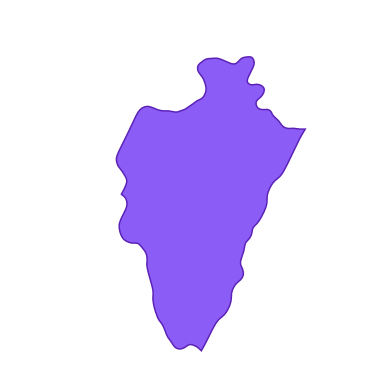 the district of Villa Gonzalez, Santiago, Dominican Republic, rotated 206°
{"feature_id": "3306468B91060644356542", "entity_name": "Villa Gonzalez", "entity_type": "district", "adm_level": 2, "iso_a3": "DOM", "parent_name": "Dominican Republic", "parent_adm1": "Santiago", "projection": "robinson", "projection_center": [-70.779, 19.554], "detail": "fine", "context": "isolated", "style": "filled", "palette": "violet", "viewbox_px": 384, "rotation_deg": 206, "n_neighbors": 0, "source": "geoboundaries", "source_scale": "gbopen_adm2", "svg_char_len": 2998}
<svg xmlns="http://www.w3.org/2000/svg" viewBox="0 0 384 384"><g transform="rotate(206 192 192)"><path d="M114.0,53.4L113.6,61.1L113.4,78.4L113.0,84.6L112.1,88.9L109.3,95.6L108.6,98.5L108.3,101.5L108.3,106.0L109.0,110.4L109.8,112.9L112.1,118.5L112.8,122.4L112.7,125.1L112.4,127.7L111.7,130.1L109.9,134.3L109.4,136.6L109.3,137.9L109.7,140.3L110.7,142.4L112.8,144.9L116.0,147.6L116.7,148.4L117.8,150.6L118.4,153.2L119.6,161.7L121.4,168.4L121.4,170.5L120.0,175.7L119.8,178.0L120.0,180.4L121.1,184.5L121.4,186.5L121.0,188.6L119.6,192.8L119.1,195.6L118.7,199.9L118.6,205.9L118.9,210.4L119.4,213.2L120.2,215.8L122.7,221.4L123.4,224.2L123.8,228.7L123.6,233.2L123.1,236.1L122.3,238.7L119.9,244.2L119.2,247.1L118.8,250.1L118.5,257.8L118.6,286.1L118.4,290.8L117.8,298.2L122.7,295.8L128.5,293.8L133.5,291.2L135.8,290.7L137.0,290.6L138.2,290.7L140.4,291.3L145.3,293.9L151.9,296.0L153.7,296.9L155.8,298.6L157.4,299.3L158.4,299.5L160.4,299.2L164.8,297.0L166.8,296.3L169.1,296.3L170.2,296.7L171.1,297.2L172.7,298.7L173.7,300.6L173.8,301.7L173.5,303.7L171.9,307.4L171.3,309.6L171.1,312.0L171.2,313.2L171.8,315.5L172.5,316.5L173.4,317.2L174.5,317.7L176.6,318.1L178.8,317.9L181.0,317.2L184.4,315.0L186.2,314.2L188.2,314.1L189.2,314.4L190.2,315.0L190.9,315.9L191.4,317.0L191.8,319.5L191.8,330.7L192.1,333.4L192.5,334.8L193.0,335.9L194.4,337.7L196.2,338.9L197.3,339.2L198.4,339.1L200.3,338.4L203.6,336.3L205.2,334.9L206.4,333.2L207.7,329.2L208.5,327.3L209.2,326.4L210.1,325.7L211.1,325.1L213.4,324.5L224.0,324.0L227.9,323.3L230.1,322.3L235.9,318.9L237.7,317.5L239.0,315.6L241.4,310.8L241.9,308.7L241.9,307.6L241.6,306.5L240.6,304.5L239.1,303.0L237.2,301.8L233.0,299.7L230.9,298.2L227.9,295.4L225.3,292.2L224.1,289.8L223.7,288.5L223.3,285.9L223.4,283.3L223.6,282.1L224.4,280.0L227.5,276.1L229.6,272.0L234.7,263.1L240.2,257.5L242.1,256.5L248.7,254.6L253.9,252.1L256.3,251.4L258.9,250.9L265.7,250.4L268.3,249.9L269.6,249.4L271.5,248.1L273.2,246.3L273.9,245.3L274.9,242.8L275.5,239.9L275.7,235.5L275.5,217.0L275.6,196.9L275.4,192.5L274.8,189.6L274.3,188.2L273.0,186.1L270.5,183.5L268.5,182.3L263.4,179.7L257.8,176.1L256.2,174.5L255.5,173.4L255.0,172.2L254.5,169.5L254.3,165.1L254.5,159.0L251.0,158.2L248.9,157.2L248.0,156.5L246.3,154.7L245.1,152.6L244.3,150.0L244.0,147.3L244.0,136.2L243.5,132.1L243.1,130.8L242.0,128.4L240.6,126.3L239.0,124.3L237.2,122.5L235.3,121.0L233.2,119.8L232.0,119.4L229.5,119.0L225.9,119.2L223.6,119.8L219.8,121.6L218.9,121.9L217.9,122.0L216.9,121.9L215.0,121.3L210.0,119.0L207.9,117.8L206.9,117.1L205.2,115.5L203.8,113.5L202.6,111.3L200.6,106.6L198.4,103.4L194.9,99.2L186.9,90.2L184.4,87.1L182.4,83.7L180.9,80.1L179.7,77.8L177.5,74.5L174.9,71.3L172.2,68.3L169.3,65.5L167.4,63.7L165.3,62.3L162.0,60.6L159.9,59.4L157.1,57.1L152.5,52.8L149.6,50.6L145.2,48.3L141.4,46.0L139.3,45.1L138.1,44.8L135.8,45.0L134.6,45.3L132.7,46.5L131.9,47.3L130.5,48.9L128.4,52.6L127.7,53.4L126.8,54.0L125.8,54.5L123.5,55.0L119.9,55.0L117.4,54.5L114.0,53.4Z" fill="#8b5cf6" stroke="#5b21b6" stroke-width="1.5"/></g></svg>